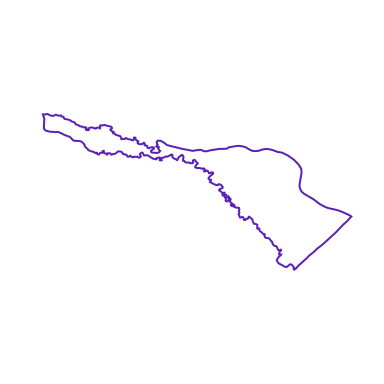 San Lorenzo, Suchitepéquez, Guatemala (Robinson projection), rotated 281°
{"feature_id": "79465075B60827763716614", "entity_name": "San Lorenzo", "entity_type": "district", "adm_level": 2, "iso_a3": "GTM", "parent_name": "Guatemala", "parent_adm1": "Suchitepéquez", "projection": "robinson", "projection_center": [-91.555, 14.28], "detail": "fine", "context": "isolated", "style": "outline", "palette": "violet", "viewbox_px": 384, "rotation_deg": 281, "n_neighbors": 0, "source": "geoboundaries", "source_scale": "gbopen_adm2", "svg_char_len": 6073}
<svg xmlns="http://www.w3.org/2000/svg" viewBox="0 0 384 384"><g transform="rotate(281 192 192)"><path d="M216.2,116.8L216.2,117.8L215.8,118.7L216.2,119.8L216.1,120.3L215.7,120.9L214.4,122.0L214.4,122.8L215.0,123.7L215.8,124.5L214.9,126.2L214.9,127.2L215.2,127.7L215.0,127.9L215.8,129.3L215.8,130.5L216.3,131.7L215.6,132.7L215.7,133.9L216.3,134.5L217.3,135.0L218.6,133.7L220.2,134.1L221.2,135.4L220.6,136.5L218.9,137.7L218.9,139.0L219.5,140.5L219.6,141.3L217.3,147.3L217.3,150.7L217.5,150.9L218.0,150.7L218.7,150.9L218.8,151.6L219.5,153.0L219.6,154.0L219.4,154.3L218.7,154.1L217.0,154.3L217.1,155.8L217.4,156.3L219.1,155.3L219.5,155.4L220.9,158.5L221.2,158.7L221.8,159.4L222.0,160.9L222.9,162.5L224.0,163.5L224.9,164.7L224.7,165.4L224.2,165.9L223.5,165.7L222.1,166.5L221.4,168.3L221.2,169.9L220.4,171.0L220.7,171.5L222.3,171.9L224.1,172.7L225.6,174.3L225.9,174.3L226.3,174.7L226.4,175.2L225.9,176.3L225.5,176.6L224.3,177.1L221.5,176.9L221.0,177.2L221.1,178.4L220.1,179.5L219.9,180.2L219.8,180.8L220.3,182.9L220.3,184.0L219.9,184.8L220.4,187.1L221.0,187.5L221.6,187.5L222.3,186.9L223.1,186.9L223.5,187.3L223.9,188.3L223.8,189.0L222.5,190.2L221.4,192.0L221.1,192.2L218.8,190.7L216.7,190.5L216.6,190.8L216.6,193.2L217.0,194.8L216.8,197.8L216.8,198.2L217.4,198.7L217.4,199.2L216.8,200.2L214.7,199.8L214.5,200.0L215.0,201.4L215.9,202.4L215.8,203.0L215.7,203.4L215.2,204.0L213.7,204.9L213.9,205.8L215.1,207.6L215.0,208.8L214.6,209.2L213.9,209.2L211.2,206.9L208.9,205.6L208.1,205.7L207.7,206.2L207.4,207.0L207.6,208.1L207.4,208.5L205.3,207.7L203.8,212.3L203.5,214.1L203.6,215.9L204.5,216.4L204.9,217.1L204.6,219.0L203.9,219.9L202.8,221.2L201.7,221.2L200.1,218.6L199.4,218.2L198.6,218.5L198.4,219.7L197.0,221.7L197.0,222.4L197.2,223.2L197.5,223.6L197.5,224.0L196.9,224.0L196.5,223.2L195.5,222.3L195.1,222.3L194.3,223.2L194.2,223.8L194.4,224.4L195.7,225.2L195.9,225.6L195.6,226.3L194.0,227.4L193.6,227.1L192.9,225.5L191.7,226.6L190.0,226.6L189.6,226.9L189.4,228.2L189.7,228.8L192.3,229.6L193.5,228.5L194.4,228.8L192.3,231.3L191.8,231.4L190.9,230.7L189.6,231.2L188.4,233.5L188.1,233.7L187.0,232.6L186.3,232.8L185.9,233.6L185.8,234.5L186.0,234.7L187.3,234.3L187.7,235.4L187.0,236.2L185.3,236.5L185.1,239.4L185.5,240.4L185.4,241.1L183.9,241.9L182.2,241.6L180.8,242.5L178.9,242.0L177.6,243.2L176.6,243.5L176.2,243.9L176.4,245.1L177.1,246.0L177.0,246.8L176.3,247.7L174.8,248.2L174.5,248.5L174.5,248.9L174.7,249.6L175.2,250.1L176.0,250.3L176.3,251.6L177.1,252.2L178.5,252.4L178.6,253.0L176.9,256.1L172.8,258.6L172.6,259.5L172.9,260.4L172.3,262.3L171.4,262.4L170.3,262.8L168.8,262.8L168.5,263.5L169.1,264.8L168.8,265.2L167.5,265.4L166.3,266.5L165.6,268.5L164.4,269.7L164.5,271.2L164.1,271.6L162.8,271.4L161.3,272.6L161.1,273.3L161.2,274.6L161.1,276.7L158.8,279.2L158.4,280.2L157.0,280.7L155.9,281.6L155.0,283.1L155.0,283.6L154.8,283.9L154.9,284.5L154.5,285.6L152.2,287.2L151.2,288.3L151.3,289.0L152.3,289.8L152.3,290.3L151.7,290.5L149.9,289.5L147.9,289.2L147.5,289.5L147.4,290.1L147.6,291.4L146.8,291.1L145.2,289.7L141.4,288.2L140.0,289.0L138.7,290.4L138.1,291.7L137.6,294.0L136.4,297.0L136.3,298.6L136.7,299.5L139.7,302.0L139.8,303.6L137.6,306.3L137.3,306.6L136.0,306.4L135.4,306.8L135.3,307.2L137.3,309.1L139.6,310.2L149.5,317.7L151.3,318.7L156.1,322.8L160.4,325.8L165.5,330.3L180.5,341.4L188.7,346.6L193.2,350.0L198.4,353.1L199.6,349.8L201.6,340.8L202.0,336.7L202.2,328.9L202.7,325.7L204.6,319.5L208.0,312.8L211.5,302.7L213.0,299.9L214.4,298.6L216.3,297.2L217.7,296.6L220.2,296.1L231.5,295.9L235.7,294.8L239.6,291.0L243.2,285.7L246.1,279.2L247.8,273.0L247.7,268.2L248.6,262.6L248.7,259.0L248.3,256.1L246.8,252.3L245.3,249.9L244.3,246.8L243.9,243.3L244.7,239.9L246.0,236.8L246.4,234.2L246.4,230.6L245.9,227.6L242.9,219.6L241.1,217.8L239.3,209.9L236.2,201.5L234.7,198.5L234.3,195.3L234.9,194.0L235.1,192.7L234.5,190.3L232.5,184.7L232.5,173.8L233.2,159.4L233.6,157.9L234.9,155.5L236.3,151.4L235.8,148.4L234.4,147.8L232.7,148.5L232.5,148.9L232.1,149.2L230.6,148.4L229.8,148.4L229.6,148.7L230.1,149.7L230.0,150.7L229.4,150.9L228.6,150.5L228.1,150.6L226.4,152.4L226.2,152.9L224.8,152.1L224.3,151.5L223.6,149.8L223.1,145.3L223.4,144.3L224.3,143.9L225.4,144.5L226.8,146.1L227.7,146.3L228.4,146.1L228.5,145.4L227.9,142.8L226.7,141.4L226.7,140.6L227.0,139.8L228.8,139.1L229.0,138.5L228.7,137.0L228.9,136.5L230.8,136.2L231.2,135.4L229.6,133.9L228.9,131.6L229.1,130.0L229.5,129.4L230.0,129.2L231.2,129.7L231.6,129.5L231.9,128.1L233.1,126.4L234.5,126.1L234.6,125.6L234.4,124.9L234.0,124.7L231.9,124.7L231.5,124.2L231.4,123.0L231.8,121.9L231.7,118.8L232.2,117.6L232.2,116.5L231.3,116.0L231.1,115.6L231.0,114.2L230.5,113.2L230.4,112.6L232.1,111.8L233.1,110.9L233.6,106.3L234.6,104.9L234.6,103.3L235.0,103.1L235.9,103.6L236.2,103.1L236.0,102.8L236.4,101.6L237.4,100.0L238.0,100.0L239.2,101.3L239.6,101.3L240.4,100.6L240.8,99.7L240.7,97.1L241.1,93.1L240.2,91.3L240.1,89.5L239.5,89.1L238.4,89.2L237.8,89.6L236.9,89.5L237.3,88.3L237.3,87.3L236.7,86.2L236.7,85.8L236.0,85.6L235.8,85.2L236.3,81.4L235.7,79.5L234.9,78.7L234.6,78.0L234.1,78.0L233.3,78.9L233.0,78.7L232.7,76.8L232.7,76.3L233.2,75.8L234.9,75.7L235.2,75.3L235.3,74.8L234.7,73.3L235.3,71.4L235.0,69.8L235.8,68.1L236.3,64.9L237.9,63.6L238.3,60.3L239.2,58.7L239.5,55.9L239.4,53.1L239.7,52.5L241.3,51.5L241.2,49.8L242.2,48.7L241.5,47.2L241.6,45.2L241.9,43.7L241.3,42.6L240.4,41.7L240.1,40.3L240.1,38.4L241.0,35.3L239.8,32.1L239.8,30.9L235.5,33.1L228.1,34.1L225.8,34.7L224.3,36.8L224.1,41.9L224.5,43.4L224.5,45.6L225.2,47.9L225.4,49.3L224.5,53.3L223.6,56.1L222.8,61.6L220.1,65.4L219.9,66.1L220.0,68.5L220.5,70.9L220.5,73.3L219.8,75.0L217.9,77.5L216.2,78.1L214.2,81.5L213.3,82.2L212.7,85.7L212.7,87.7L212.1,88.7L211.9,89.6L211.8,90.5L212.3,90.6L212.3,91.2L211.4,91.6L211.1,92.0L211.0,93.5L212.9,94.4L213.2,94.8L213.3,96.5L213.8,96.7L215.2,96.6L215.5,97.1L215.5,97.6L213.9,97.8L213.5,98.4L213.3,100.1L212.5,101.3L212.6,101.8L213.9,101.8L214.1,102.3L214.3,104.2L214.2,104.8L213.3,105.4L213.3,106.0L214.4,107.5L214.6,108.7L215.7,110.1L217.6,111.5L217.9,112.1L218.1,115.0L217.0,116.5L216.2,116.8Z" fill="none" stroke="#5b21b6" stroke-width="2"/></g></svg>